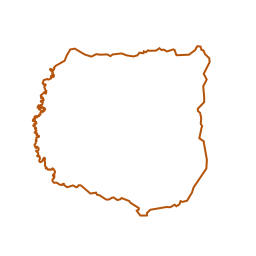 Vichadero, Rivera, Uruguay, rotated 167°
{"feature_id": "84410073B89841560148342", "entity_name": "Vichadero", "entity_type": "district", "adm_level": 2, "iso_a3": "URY", "parent_name": "Uruguay", "parent_adm1": "Rivera", "projection": "mercator", "projection_center": [-54.498, -31.798], "detail": "fine", "context": "isolated", "style": "outline", "palette": "amber", "viewbox_px": 256, "rotation_deg": 167, "n_neighbors": 0, "source": "geoboundaries", "source_scale": "gbopen_adm2", "svg_char_len": 5884}
<svg xmlns="http://www.w3.org/2000/svg" viewBox="0 0 256 256"><g transform="rotate(167 128 128)"><path d="M203.1,86.8L200.7,84.0L194.4,84.4L191.7,81.8L190.6,82.0L189.0,83.3L186.8,82.7L179.4,72.6L173.7,72.2L173.3,70.1L170.8,68.8L165.4,63.2L162.7,62.6L159.5,63.6L157.7,63.6L154.6,60.2L151.4,60.3L150.0,61.2L143.3,56.6L142.4,54.5L135.5,47.6L135.9,46.1L138.1,45.4L137.0,42.7L135.6,39.9L129.3,38.5L128.5,41.0L124.7,43.3L108.7,42.4L104.5,41.3L99.8,42.8L98.5,40.9L95.1,42.0L93.2,44.9L91.7,43.8L86.9,43.8L80.1,50.8L77.6,55.2L60.8,70.8L58.3,79.2L57.3,98.1L60.8,101.9L56.5,111.3L55.3,113.1L56.2,115.7L54.4,121.3L54.4,126.5L56.1,129.0L55.6,131.1L48.0,136.0L46.9,140.7L45.3,151.8L40.4,157.5L42.0,163.8L33.7,173.7L33.1,177.6L36.4,182.8L37.0,186.6L38.8,187.5L39.0,191.0L42.0,192.1L43.5,190.8L45.0,188.8L52.1,185.7L64.4,188.0L65.1,193.7L66.3,194.4L72.8,193.8L75.5,196.3L77.9,196.5L79.5,198.7L83.0,197.1L89.6,198.3L91.0,199.2L93.5,197.8L95.3,199.1L96.1,197.4L99.9,198.8L102.5,196.7L106.6,196.5L113.0,199.1L117.5,202.1L126.4,203.1L129.0,202.0L131.7,204.4L138.4,205.6L142.3,207.1L147.6,205.8L153.6,209.3L162.0,217.3L166.6,217.5L171.4,212.4L174.6,207.8L184.7,204.8L186.4,203.5L186.2,203.0L186.4,202.5L187.0,201.9L187.6,201.4L188.0,200.8L188.3,200.7L188.6,200.7L188.8,201.0L188.9,202.1L189.2,202.4L189.8,202.6L190.1,202.9L190.7,202.8L190.8,202.6L190.5,201.6L188.9,199.8L189.1,199.3L188.8,198.7L188.9,198.3L189.5,198.2L189.6,197.9L188.5,196.7L188.3,195.8L189.0,194.6L189.7,194.4L190.1,194.7L190.3,195.9L190.6,196.2L191.2,196.0L191.6,195.5L191.7,194.1L191.8,193.8L192.1,193.5L193.6,193.4L194.1,193.1L194.8,193.1L195.3,193.4L195.7,194.0L196.1,194.0L197.1,193.7L199.3,193.6L199.9,192.9L200.2,192.4L200.3,191.8L200.5,191.4L201.0,191.0L200.4,189.1L200.0,188.8L199.5,188.8L199.1,189.2L198.8,189.3L198.6,189.1L198.5,188.8L198.8,188.1L199.8,187.4L200.3,186.8L200.4,186.0L200.2,185.7L200.0,184.7L200.0,183.8L199.9,183.3L199.3,182.7L199.3,182.4L199.4,182.1L199.7,182.1L200.0,182.0L200.1,181.8L199.6,181.6L199.6,181.3L200.1,181.1L200.1,180.4L200.3,180.0L200.5,180.0L201.0,180.5L200.9,181.4L201.0,181.7L201.3,181.8L201.7,181.4L204.2,180.1L204.8,179.6L205.5,179.5L205.8,179.0L205.8,178.5L205.7,178.3L205.6,177.9L205.9,176.9L205.6,176.8L205.4,177.3L204.8,177.4L204.6,176.8L204.1,176.3L204.0,176.1L204.4,175.7L204.5,174.7L204.3,174.6L204.1,174.7L203.9,174.3L204.3,173.8L205.2,174.0L205.6,174.0L205.9,174.2L206.5,174.1L206.8,173.9L207.0,173.4L206.9,173.2L206.7,173.2L206.6,173.4L206.3,173.5L206.0,173.3L205.8,172.5L205.4,172.3L205.3,172.1L205.5,171.5L205.8,171.2L206.0,170.6L206.6,170.2L207.1,169.4L207.3,169.4L207.5,169.9L208.0,170.0L208.2,169.9L208.3,169.0L209.4,168.7L209.6,168.8L209.3,169.9L209.7,170.2L210.0,170.1L210.4,170.0L210.8,169.0L211.4,168.7L211.4,168.4L211.4,168.2L211.2,168.1L210.3,168.2L209.9,168.1L209.7,167.9L209.8,167.0L210.4,166.7L210.5,166.5L210.4,166.0L210.2,165.8L209.3,165.9L209.0,166.2L208.6,167.0L208.0,167.5L207.0,167.7L206.7,167.5L206.8,166.7L206.6,166.5L206.4,166.4L205.8,166.7L205.3,166.6L204.7,165.7L204.5,165.1L204.5,164.8L204.9,164.6L205.4,164.8L205.8,164.7L205.9,164.2L205.6,163.9L205.7,163.6L206.0,163.6L206.2,164.0L206.6,164.1L206.8,164.0L207.5,162.8L208.2,163.5L208.4,164.0L208.6,164.1L208.8,163.9L209.5,163.0L209.8,162.8L210.0,161.9L209.9,161.6L210.4,160.9L210.6,160.9L211.5,161.0L211.6,160.8L211.4,160.4L211.4,160.1L211.8,159.8L212.4,159.6L212.7,159.6L213.2,160.1L213.7,160.2L214.1,159.5L214.0,159.1L214.5,158.8L214.9,158.9L215.3,160.1L215.5,160.3L215.9,160.3L216.3,160.1L216.6,159.9L216.6,159.7L216.1,159.2L216.5,158.7L216.3,158.3L216.5,158.0L216.8,157.9L216.9,158.2L217.3,158.3L217.6,158.0L218.2,157.9L219.1,156.5L219.0,156.2L218.6,156.1L217.8,156.8L217.1,156.6L217.2,156.3L217.5,156.2L217.6,155.7L216.9,155.1L216.4,154.8L216.3,154.6L216.5,154.4L216.9,154.2L217.0,154.0L216.9,153.8L216.2,153.3L216.2,153.1L216.5,153.0L217.1,153.2L217.3,152.9L217.3,152.7L217.7,152.4L218.5,152.7L218.5,152.4L218.8,152.1L219.6,151.8L219.8,151.6L219.7,151.3L219.6,151.2L218.7,151.2L218.5,150.9L218.5,150.7L218.7,150.0L218.6,149.3L218.4,149.1L217.9,149.0L217.6,148.8L217.5,148.5L217.7,148.3L218.4,148.4L218.6,148.4L218.8,148.2L218.8,147.9L218.5,147.1L218.1,146.7L217.9,146.4L217.9,146.1L218.0,145.8L218.4,145.4L219.7,145.0L219.9,144.8L219.9,144.5L219.3,143.7L218.8,143.4L218.0,143.3L217.9,142.9L217.8,142.4L217.9,142.1L218.6,141.7L218.5,141.3L218.3,141.1L217.6,141.1L216.7,140.4L216.5,139.9L216.7,139.6L217.2,139.4L219.5,139.2L219.6,138.1L219.7,137.8L220.5,137.2L220.6,136.7L220.1,136.4L220.0,136.2L220.0,135.9L221.1,134.9L221.4,133.9L221.7,133.7L222.1,133.2L222.8,132.8L222.9,131.1L222.7,130.5L222.2,130.1L222.2,129.4L221.8,129.1L221.2,129.2L221.0,129.4L221.0,130.1L220.9,130.2L219.8,128.7L219.7,128.0L220.0,127.0L220.6,126.3L220.9,126.2L221.9,126.2L222.5,126.5L222.6,126.3L222.6,125.9L221.5,124.6L221.2,123.9L221.2,123.2L221.6,122.0L222.1,121.6L222.7,121.3L222.7,120.9L221.5,120.3L221.1,120.7L220.9,120.7L220.7,120.6L220.7,120.3L220.7,119.3L220.6,118.5L220.7,117.8L221.7,116.6L221.9,116.0L221.9,115.6L221.4,114.7L221.0,114.5L220.4,114.5L218.7,115.2L217.9,116.7L216.8,117.7L216.5,117.8L216.2,117.8L215.9,117.4L215.7,117.0L215.8,116.5L216.5,115.4L216.6,112.8L217.3,110.2L217.4,109.5L216.6,108.1L216.9,107.8L217.1,107.1L216.4,106.7L215.8,106.7L215.7,106.5L215.5,105.7L215.2,105.3L214.5,105.3L213.8,105.0L213.6,105.3L213.4,105.3L212.2,104.6L211.6,104.6L211.1,105.4L210.5,105.6L210.2,105.3L209.8,104.6L209.1,102.7L209.0,101.7L209.3,100.8L210.7,99.7L211.4,99.4L211.6,98.8L211.8,98.5L211.6,98.3L211.3,98.4L211.1,98.7L210.8,98.8L210.5,98.7L210.4,98.5L211.4,97.8L211.5,97.4L210.9,97.2L210.7,96.9L211.2,96.1L211.5,95.7L212.8,95.0L213.2,94.6L213.4,94.2L213.5,93.6L213.2,92.6L212.8,91.8L212.2,91.2L211.7,91.1L211.2,91.1L210.2,90.9L209.3,90.3L207.5,88.3L206.3,87.7L205.3,87.3L204.8,87.6L204.1,88.2L203.5,88.2L203.1,88.0L202.9,87.7L202.9,87.1L203.1,86.8Z" fill="none" stroke="#b45309" stroke-width="2"/></g></svg>